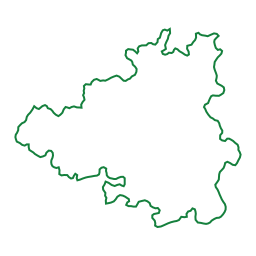 Pavão, Minas Gerais, Brazil (orthographic projection)
{"feature_id": "56859067B53491956407625", "entity_name": "Pavão", "entity_type": "district", "adm_level": 2, "iso_a3": "BRA", "parent_name": "Brazil", "parent_adm1": "Minas Gerais", "projection": "orthographic", "projection_center": [-41.066, -17.465], "detail": "fine", "context": "isolated", "style": "outline", "palette": "green", "viewbox_px": 256, "rotation_deg": 0, "n_neighbors": 0, "source": "geoboundaries", "source_scale": "gbopen_adm2", "svg_char_len": 4564}
<svg xmlns="http://www.w3.org/2000/svg" viewBox="0 0 256 256"><path d="M218.6,35.9L216.8,33.9L214.0,33.4L210.5,34.9L207.7,36.2L205.5,35.7L202.0,35.2L199.9,34.3L198.5,32.8L195.9,33.7L196.1,37.5L195.1,40.0L193.2,42.1L191.5,44.7L189.6,45.2L187.3,45.8L187.1,48.8L188.6,51.6L188.9,54.5L187.2,55.6L184.8,54.6L182.4,52.9L179.4,51.2L177.5,49.3L175.3,48.4L173.9,50.0L173.3,51.9L171.7,53.0L168.9,52.7L167.2,54.1L165.1,54.7L162.8,53.9L161.8,51.4L163.7,50.4L165.9,48.9L165.1,45.1L166.2,42.3L167.9,38.8L168.5,35.8L170.1,33.2L169.8,29.0L167.3,30.6L164.8,29.6L162.8,30.3L161.2,33.0L160.6,35.2L159.9,37.7L157.8,39.1L157.5,42.1L155.3,44.6L153.0,44.2L151.3,43.0L148.5,43.2L146.3,45.3L143.9,45.4L141.9,45.4L139.2,46.3L137.7,48.4L138.3,51.5L137.1,53.3L135.3,51.5L133.0,49.7L130.3,49.4L128.2,49.1L126.0,50.7L126.0,52.7L125.5,55.2L127.1,58.2L129.3,59.4L131.3,60.5L132.3,62.1L132.8,64.6L135.1,66.7L136.6,69.0L136.4,71.8L135.0,74.8L131.9,76.4L129.9,78.7L127.9,79.4L125.7,80.9L123.6,80.7L121.8,79.0L119.4,76.7L116.6,75.6L113.7,76.6L111.1,77.7L108.3,79.3L105.3,80.7L103.1,80.4L100.3,80.9L98.5,79.9L96.7,79.0L94.0,79.8L91.6,82.2L90.7,84.5L88.7,84.5L85.8,84.2L83.9,86.0L84.3,88.5L83.7,90.8L84.1,93.1L83.1,95.2L84.0,97.3L84.5,99.8L82.7,101.9L81.2,104.6L81.5,107.7L79.5,107.5L76.9,107.4L74.0,106.4L71.6,107.0L69.4,108.2L67.5,107.5L65.6,107.0L63.7,109.4L62.4,112.7L60.4,114.7L58.4,116.1L55.8,114.7L53.6,112.7L52.4,110.9L50.6,109.1L47.8,108.2L46.8,106.1L45.0,105.1L42.4,106.1L40.5,107.7L38.9,109.0L36.6,108.2L34.2,106.2L32.5,109.4L30.2,112.7L28.1,114.8L26.8,116.9L26.1,120.1L24.5,122.1L21.9,123.3L19.9,125.3L18.3,127.1L18.2,130.2L17.0,132.9L15.8,134.6L15.4,137.1L15.9,139.2L16.8,141.6L19.8,143.0L22.2,144.9L24.7,145.6L26.7,144.4L28.7,144.4L28.7,147.2L29.3,149.9L31.8,151.5L33.4,152.5L34.8,153.9L37.4,155.5L40.3,157.1L43.0,156.4L45.4,155.3L46.4,152.7L48.7,150.6L51.2,150.9L52.7,152.8L53.0,155.4L52.5,157.7L51.4,160.2L51.2,162.2L51.5,164.3L52.5,166.2L54.2,167.3L56.4,168.0L58.7,167.3L59.5,170.2L59.3,174.1L61.5,175.4L64.1,175.0L67.3,175.1L68.9,177.1L71.0,178.5L72.9,178.1L73.9,175.8L75.3,173.8L77.2,175.1L76.7,178.1L77.4,180.3L80.1,179.6L82.8,178.5L85.8,177.5L88.0,177.0L91.2,176.5L94.4,175.9L97.0,175.6L99.0,174.4L99.5,172.4L99.6,169.4L101.5,167.7L103.7,167.2L106.2,168.6L106.0,171.0L106.6,173.0L106.8,175.3L108.1,177.0L109.9,178.1L111.9,178.5L114.0,179.0L116.0,179.0L118.3,177.8L120.8,176.9L123.1,176.8L124.7,178.2L124.7,181.0L124.7,184.3L123.7,186.2L121.6,185.5L119.7,184.3L117.3,184.9L114.7,186.0L111.7,185.0L108.6,182.8L105.6,181.6L104.6,184.4L102.9,187.1L103.2,189.7L105.4,192.9L105.1,195.7L106.4,197.9L105.8,200.5L106.0,203.6L108.2,203.2L110.9,202.6L113.8,201.4L115.7,199.3L117.4,196.7L120.0,195.1L122.8,195.6L125.2,196.7L126.8,197.8L128.8,199.1L129.1,201.3L127.3,202.4L126.2,204.9L128.5,206.1L130.9,206.1L133.5,206.6L136.0,206.6L137.3,204.4L138.7,201.8L141.3,201.1L144.8,200.3L147.4,201.3L149.7,203.1L150.6,205.9L153.0,207.4L155.5,208.3L157.8,208.0L159.7,210.3L158.8,213.0L156.0,213.6L154.0,214.0L152.3,215.3L152.3,217.9L154.7,220.6L155.3,223.2L155.1,225.6L157.5,227.0L160.9,226.5L163.5,225.4L165.9,224.3L168.1,223.3L171.1,222.2L174.2,221.4L176.6,221.0L179.0,220.0L181.3,216.8L184.4,217.2L186.8,216.8L186.5,213.9L188.1,211.5L190.6,210.8L192.5,208.4L194.8,209.3L195.5,211.5L195.8,213.8L195.4,216.8L195.6,219.8L197.8,222.5L200.9,222.9L203.5,223.5L206.1,223.9L208.0,223.5L210.0,222.5L211.7,220.6L214.4,218.9L216.6,217.9L219.1,217.7L220.9,216.7L223.0,214.4L224.6,212.0L225.6,209.6L225.7,206.8L224.9,204.1L223.4,202.0L221.8,199.4L220.6,196.7L219.6,194.5L218.7,192.1L217.5,189.5L215.8,187.1L215.3,184.7L216.5,183.1L217.7,181.4L218.8,179.6L219.0,176.8L219.2,174.3L219.9,172.0L221.8,170.0L223.6,168.0L224.6,165.4L225.2,162.9L227.4,161.8L230.0,163.0L232.7,164.8L235.3,165.2L237.0,163.1L238.4,160.2L239.9,157.5L240.6,154.6L239.7,152.1L238.4,149.9L238.5,147.3L237.6,144.7L235.2,142.9L233.2,141.0L231.1,139.7L229.2,138.7L227.2,138.7L225.1,141.0L222.1,140.4L220.1,138.9L220.2,135.2L222.2,132.9L222.3,130.6L220.9,128.3L219.8,125.6L219.2,123.2L217.7,120.8L214.8,120.1L212.9,118.5L210.5,117.3L208.2,114.5L206.3,111.6L205.2,108.9L204.0,107.1L205.0,104.7L208.1,103.1L209.0,100.7L210.0,98.4L211.2,96.2L212.9,95.4L215.6,95.7L219.0,95.8L220.8,94.8L223.3,93.1L224.3,90.1L223.8,87.4L221.7,85.8L219.2,84.5L217.3,83.5L215.9,80.7L216.6,77.8L216.8,75.7L216.1,73.4L215.3,71.3L214.6,69.4L214.0,67.0L214.4,64.6L214.7,62.0L216.1,59.8L217.8,57.3L219.7,55.5L221.4,53.6L222.1,51.0L220.2,49.3L217.8,49.9L215.8,47.9L214.8,44.8L214.2,42.0L214.6,39.9L216.6,37.7L218.6,35.9Z" fill="none" stroke="#15803d" stroke-width="2"/></svg>